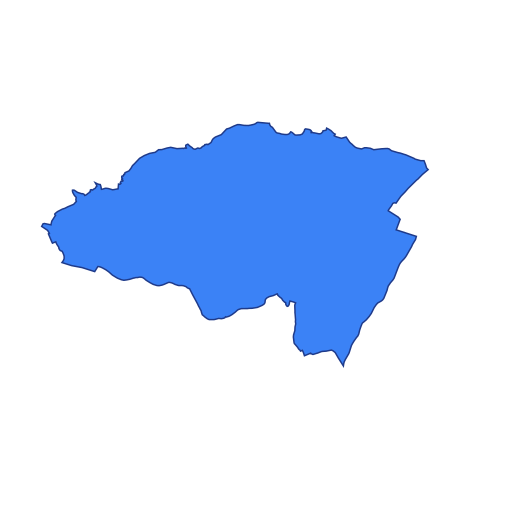 Bichis, Mures, Romania, rotated 160°
{"feature_id": "2599482B14614576854068", "entity_name": "Bichis", "entity_type": "district", "adm_level": 2, "iso_a3": "ROU", "parent_name": "Romania", "parent_adm1": "Mures", "projection": "mercator", "projection_center": [24.102, 46.369], "detail": "fine", "context": "isolated", "style": "filled", "palette": "blue", "viewbox_px": 512, "rotation_deg": 160, "n_neighbors": 0, "source": "geoboundaries", "source_scale": "gbopen_adm2", "svg_char_len": 6076}
<svg xmlns="http://www.w3.org/2000/svg" viewBox="0 0 512 512"><g transform="rotate(160 256 256)"><path d="M350.6,379.1L351.5,377.8L352.3,377.9L352.6,377.6L352.7,377.1L353.4,376.6L354.0,376.9L354.7,376.9L354.9,376.7L355.3,375.8L355.3,375.4L355.0,374.9L354.9,374.6L355.0,374.5L355.8,374.3L356.0,374.0L355.9,373.7L355.4,373.2L355.2,372.7L355.3,372.3L355.5,372.0L356.1,372.0L356.4,372.0L357.0,372.5L357.2,372.4L358.1,371.7L358.5,371.2L358.6,370.7L358.2,370.7L358.1,370.4L358.8,370.0L359.9,370.1L360.6,370.6L362.6,366.3L366.8,367.0L368.1,367.3L371.7,369.9L373.2,370.7L374.6,371.2L377.2,371.3L378.4,371.5L377.9,374.8L377.9,376.4L378.7,376.8L380.1,377.8L382.0,379.8L381.7,378.0L381.6,377.0L381.7,376.0L382.6,375.7L383.9,374.6L386.0,374.3L386.8,373.9L387.2,373.9L387.5,374.1L387.6,374.3L388.2,374.7L389.0,374.7L389.3,374.3L389.4,373.5L389.8,373.1L390.1,372.9L390.5,373.1L391.6,372.4L392.4,372.3L393.7,371.8L395.5,371.4L396.3,371.5L396.3,372.2L396.6,373.0L397.5,373.8L398.7,374.3L401.9,376.8L404.3,380.0L405.5,380.6L406.0,380.6L406.4,379.2L406.4,377.9L406.0,375.4L405.5,373.9L405.0,372.9L405.0,372.4L405.7,371.1L406.1,370.3L406.2,368.6L406.9,368.4L409.3,367.1L410.0,366.9L416.1,366.6L419.3,366.2L422.0,366.3L427.4,365.6L430.2,364.6L430.8,364.2L430.8,363.2L430.5,362.8L436.0,358.6L437.5,356.3L438.0,355.4L443.7,358.9L445.1,359.1L447.3,357.1L443.1,351.4L442.4,348.0L443.5,347.8L443.1,339.6L442.9,337.7L439.3,337.8L439.3,336.5L439.1,334.8L438.4,331.9L438.4,331.4L438.6,330.8L438.5,329.3L438.3,328.7L438.0,328.0L436.6,326.8L436.4,325.7L436.3,324.2L436.3,321.8L436.9,319.9L437.3,319.0L438.6,317.6L440.6,316.2L432.5,310.0L423.4,304.6L412.9,296.5L408.2,300.2L407.2,299.7L406.0,298.9L404.4,297.4L401.8,294.4L399.8,291.5L397.5,287.2L394.4,283.3L393.6,282.4L390.7,279.8L388.5,278.4L385.8,277.8L382.6,277.3L378.3,277.1L377.6,276.9L376.9,276.9L376.1,276.8L374.9,276.3L372.7,276.0L371.0,275.3L370.0,274.6L369.3,273.8L368.4,272.4L367.8,271.2L367.3,270.5L364.8,267.3L362.3,264.5L359.0,262.0L357.0,261.2L354.1,260.8L352.1,260.8L347.3,261.1L346.3,260.8L344.7,259.8L343.7,259.0L341.8,257.0L339.1,254.9L338.3,254.5L336.2,253.8L334.5,253.0L332.8,251.6L332.0,250.8L331.6,249.9L331.2,249.4L330.4,248.5L329.6,248.0L328.8,241.3L327.3,231.1L327.1,228.5L326.8,226.9L326.6,225.0L326.3,223.4L326.5,221.9L326.6,219.2L325.8,217.9L325.0,216.3L323.4,213.9L322.5,212.9L321.6,212.2L317.8,210.8L316.7,210.5L312.4,210.1L309.9,208.9L307.9,208.6L306.5,208.6L305.4,209.3L304.9,208.8L302.2,208.6L300.5,208.8L298.4,209.2L294.8,210.3L291.9,211.5L290.7,211.7L287.9,211.6L281.9,209.5L280.5,209.2L277.5,208.2L272.2,207.2L267.3,207.5L265.4,207.9L264.9,208.1L264.3,208.4L263.5,209.2L262.2,211.7L261.7,212.1L260.1,212.9L257.6,213.3L253.3,212.9L249.1,213.2L248.9,213.1L248.9,211.6L247.3,208.6L246.8,208.0L246.2,206.4L246.1,205.4L244.8,202.6L244.1,202.2L244.1,201.6L244.5,200.7L244.5,199.8L244.3,198.9L243.9,198.0L243.3,197.9L242.8,198.0L242.2,198.4L241.3,199.3L240.6,200.6L239.5,202.1L236.4,199.9L234.8,198.4L235.5,197.6L236.2,196.8L236.5,196.2L238.3,190.6L238.6,190.0L239.2,187.7L240.1,184.5L240.7,182.3L241.2,181.4L241.6,180.2L241.7,179.3L242.1,178.3L243.6,176.0L245.0,172.6L247.7,169.0L248.6,167.1L249.9,161.4L249.9,160.5L249.5,159.7L248.8,157.8L248.1,155.9L247.8,154.2L247.4,153.3L246.7,152.1L246.7,151.4L245.5,151.4L244.7,151.5L244.5,149.9L244.5,148.7L244.6,145.7L237.9,146.0L237.9,145.4L237.5,145.3L236.6,144.3L236.0,144.0L232.3,143.8L231.3,143.7L227.4,143.8L226.1,143.6L222.6,142.6L217.3,141.8L216.0,140.5L214.6,138.2L213.8,133.7L213.5,131.9L211.5,122.8L210.4,124.8L209.3,126.4L207.3,128.3L202.5,132.3L201.6,133.2L196.9,139.3L195.1,140.9L192.8,142.7L189.5,145.0L187.7,146.0L186.1,147.6L184.0,150.8L181.6,153.8L180.0,155.6L179.1,156.5L178.5,156.8L177.7,157.0L174.2,158.3L170.3,160.5L167.3,162.6L162.6,167.1L159.6,169.2L157.7,170.2L153.5,170.9L152.1,171.4L150.8,172.2L150.3,172.6L144.7,178.8L143.3,180.9L142.3,182.2L141.6,182.9L140.9,183.3L138.9,184.8L135.5,186.7L133.8,188.0L126.3,196.7L124.5,198.6L123.4,199.6L122.1,200.5L120.7,201.3L117.8,202.7L116.0,203.8L114.4,205.0L106.6,211.6L105.0,213.3L100.5,216.9L98.6,219.6L115.3,232.6L108.0,241.2L109.1,244.0L116.3,253.3L115.7,254.0L111.4,256.9L109.5,258.6L108.5,258.7L107.6,258.6L106.3,257.8L101.2,261.4L99.4,262.6L94.0,265.2L89.9,267.5L79.0,272.5L77.8,272.8L71.8,275.7L64.7,278.3L65.6,280.4L65.4,284.3L65.5,288.1L68.7,289.3L73.3,292.6L74.2,293.8L80.7,299.9L82.1,300.9L83.6,302.1L85.3,303.4L87.4,304.7L92.7,308.6L94.3,311.1L95.8,312.1L98.0,312.8L101.4,313.8L109.0,315.6L111.7,318.1L115.5,320.1L117.0,320.6L120.2,320.5L123.8,322.7L125.4,324.1L126.9,326.7L127.4,327.9L128.4,329.5L129.1,330.9L130.6,337.0L135.5,337.4L139.8,340.6L141.4,342.3L139.9,343.4L141.0,344.6L142.7,348.2L144.4,350.4L145.9,352.0L146.8,350.6L147.3,350.2L148.7,350.5L150.3,350.7L150.8,349.9L151.7,349.4L152.9,348.9L153.6,348.9L154.9,349.2L158.8,351.6L160.2,352.3L161.0,353.4L161.5,352.9L162.0,353.1L161.3,354.9L162.1,356.2L163.1,356.9L165.9,358.5L166.6,358.4L167.1,358.1L168.0,356.8L169.5,355.7L170.8,354.8L173.0,354.7L177.0,355.9L178.0,356.5L179.5,359.2L180.2,360.2L180.9,360.8L182.4,359.8L183.5,359.4L184.6,359.4L185.8,359.7L187.3,360.3L190.4,361.9L191.7,363.0L194.1,364.4L194.6,365.0L195.0,365.7L196.5,371.0L197.0,371.9L197.7,372.6L197.9,373.4L198.2,374.5L198.0,376.1L198.6,376.3L208.6,381.0L209.8,381.0L210.9,380.6L212.5,380.4L216.1,380.8L218.4,381.2L220.5,382.0L222.7,382.9L226.6,385.1L228.5,385.8L232.2,385.7L237.3,385.2L240.2,385.4L247.1,381.9L253.1,381.7L254.6,381.4L256.4,380.7L257.5,379.9L259.2,378.2L259.8,377.9L263.1,377.1L263.5,377.6L264.1,377.9L265.1,377.8L265.6,378.2L266.1,378.1L266.5,377.7L266.9,377.4L268.2,377.3L269.4,377.0L270.5,376.4L271.9,376.3L272.4,376.4L273.6,377.3L274.2,377.4L274.7,377.3L276.7,377.1L277.6,377.7L278.5,378.5L278.9,379.6L280.6,382.0L281.8,384.4L283.9,384.2L284.3,383.8L284.6,382.7L284.5,381.2L285.0,381.2L286.2,381.9L287.3,381.8L287.8,382.2L293.5,383.9L299.0,387.3L302.8,387.9L308.1,388.2L311.2,389.2L315.2,387.9L320.9,388.8L326.6,388.6L332.0,387.6L339.0,384.1L341.1,383.2L343.6,381.1L346.3,379.4L350.6,379.1Z" fill="#3b82f6" stroke="#1e3a8a" stroke-width="1.5"/></g></svg>